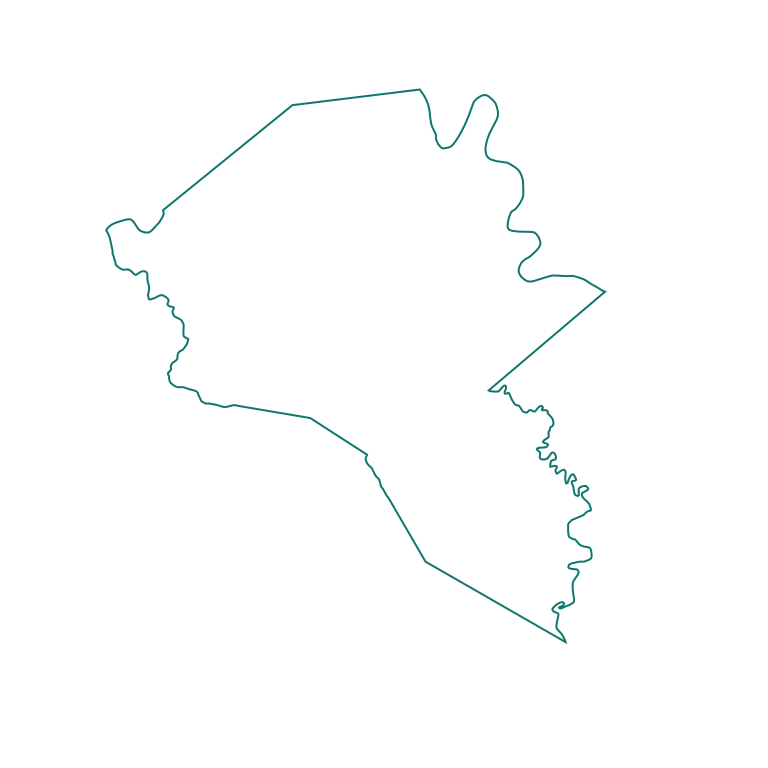 Potrerillos, Cortés, Honduras, rotated 347°
{"feature_id": "27666195B96940721664513", "entity_name": "Potrerillos", "entity_type": "district", "adm_level": 2, "iso_a3": "HND", "parent_name": "Honduras", "parent_adm1": "Cortés", "projection": "mercator", "projection_center": [-87.952, 15.183], "detail": "fine", "context": "isolated", "style": "outline", "palette": "teal", "viewbox_px": 768, "rotation_deg": 347, "n_neighbors": 0, "source": "geoboundaries", "source_scale": "gbopen_adm2", "svg_char_len": 6165}
<svg xmlns="http://www.w3.org/2000/svg" viewBox="0 0 768 768"><g transform="rotate(347 384 384)"><path d="M207.7,165.0L207.8,168.1L207.3,169.3L205.3,172.0L201.4,175.9L192.2,182.2L190.6,183.0L189.0,183.3L187.3,183.2L185.1,182.5L182.6,181.1L181.0,179.9L179.4,177.6L177.3,171.7L175.6,168.2L174.4,166.9L172.6,166.1L170.2,165.8L166.6,165.9L161.0,166.3L156.8,166.9L154.5,167.5L152.3,168.4L150.2,169.7L147.9,171.5L149.2,176.5L149.7,180.5L149.5,192.9L148.8,196.5L149.3,198.6L149.3,201.3L149.7,204.4L149.5,206.8L149.8,208.1L152.1,211.2L155.0,213.8L156.0,214.1L160.1,214.7L161.6,215.5L163.4,217.7L165.3,220.9L166.0,221.5L166.8,221.8L167.9,221.6L172.1,220.0L173.2,219.8L175.8,220.2L176.9,220.9L177.7,221.7L178.0,222.4L178.2,223.4L176.9,229.2L176.9,237.1L176.6,238.5L175.7,240.7L174.1,243.9L173.9,247.5L174.0,248.2L174.6,249.0L175.9,249.1L180.6,248.5L184.8,247.4L187.0,247.3L188.7,248.0L191.6,250.8L192.6,252.3L192.9,253.8L192.7,254.8L191.0,257.2L191.1,258.5L192.2,259.8L196.1,261.9L196.5,262.3L196.0,263.4L194.7,264.8L194.1,266.1L194.2,268.2L194.6,270.2L195.3,271.2L200.2,275.3L201.2,277.2L202.0,279.9L202.1,281.4L199.8,290.1L199.6,292.0L200.2,293.4L203.0,295.8L203.4,296.3L203.3,296.6L201.1,300.6L197.6,303.9L195.6,305.4L192.4,306.2L190.3,307.7L189.6,308.9L188.3,312.9L187.9,313.5L185.5,314.8L182.7,315.8L181.0,317.5L179.9,319.8L179.9,321.4L179.6,322.1L178.4,323.3L176.6,324.1L175.8,325.1L175.9,326.5L176.3,328.6L175.8,330.2L175.8,332.3L176.0,333.8L176.5,335.1L178.8,338.2L181.0,340.0L182.7,340.8L187.8,342.0L193.2,345.3L198.3,348.0L199.7,349.1L200.6,350.7L200.8,353.1L202.2,359.7L205.6,362.9L209.7,363.8L211.0,364.6L215.1,366.1L223.0,370.6L226.2,370.9L232.2,370.7L234.4,371.2L237.0,372.5L304.5,400.6L351.6,449.1L349.2,452.6L349.2,454.9L349.8,457.8L350.7,459.6L352.7,462.5L353.3,463.9L355.0,471.0L356.0,473.0L357.6,475.4L358.0,478.7L358.0,482.9L359.5,486.4L361.4,493.2L362.7,495.8L384.5,566.5L502.8,676.3L502.6,673.7L501.0,667.9L497.5,661.6L497.3,660.4L497.4,659.1L497.9,657.2L501.2,650.2L502.1,647.9L502.2,647.0L502.0,646.6L498.9,644.5L498.1,643.7L497.4,642.5L497.4,641.3L498.8,639.9L501.6,638.2L504.1,637.2L506.8,636.6L508.4,636.6L509.4,637.0L510.1,637.8L510.1,638.7L508.2,640.3L505.3,640.7L504.5,641.0L504.3,641.3L504.4,641.7L505.3,642.4L506.6,642.5L510.4,641.6L514.9,641.1L518.9,639.7L520.1,638.7L520.8,636.6L521.4,628.9L521.8,626.1L522.4,623.0L523.1,620.6L523.9,619.2L525.1,617.8L530.2,613.1L531.1,611.8L531.4,610.8L531.1,609.2L530.2,608.0L525.3,606.4L523.7,605.6L522.7,604.8L522.4,604.2L522.6,603.3L523.6,601.9L524.8,601.3L527.2,601.0L534.8,601.1L538.2,602.0L540.5,602.0L545.1,601.2L546.2,600.7L547.0,599.9L547.7,598.1L548.2,594.9L548.3,592.1L547.9,590.4L546.9,589.4L542.0,587.2L539.5,585.5L538.3,584.3L535.2,578.4L532.4,577.0L530.3,575.0L529.9,574.3L529.8,573.0L530.3,568.8L531.8,562.2L533.2,560.8L535.4,559.4L536.8,558.7L548.9,556.6L551.2,555.1L552.5,554.5L554.7,553.7L556.6,553.8L557.2,553.4L557.5,552.0L556.9,546.7L555.0,543.6L552.6,540.1L551.9,538.1L551.8,536.5L552.2,535.3L552.9,534.7L558.2,533.2L559.2,532.5L559.4,531.8L558.8,530.1L558.2,529.2L557.6,528.7L555.3,528.3L551.9,528.7L550.8,529.3L550.0,530.2L548.8,536.3L548.2,536.6L547.5,536.6L546.1,535.8L545.2,534.6L544.9,533.5L545.3,526.7L544.7,522.2L545.0,521.5L545.4,521.1L548.6,521.1L549.2,520.9L549.6,520.6L549.7,519.4L548.5,515.2L548.1,514.7L547.3,514.5L545.8,514.8L544.8,515.8L542.7,518.2L540.9,521.3L539.9,521.9L539.1,521.8L539.1,517.5L541.2,510.8L541.1,509.8L540.8,508.8L540.0,508.0L538.8,508.0L536.5,508.5L533.1,510.1L532.3,510.2L531.7,508.9L531.6,506.6L533.9,503.7L533.9,503.3L533.3,502.7L532.2,502.2L527.4,502.0L528.1,499.2L529.4,496.7L530.0,496.4L534.0,496.0L534.6,495.2L535.1,493.9L535.2,492.4L534.9,491.0L534.3,489.7L533.3,488.7L531.9,488.7L526.8,493.2L524.8,493.6L523.3,493.6L521.2,493.1L519.9,492.3L519.2,491.3L519.2,490.5L520.7,486.3L519.8,484.4L518.6,482.9L518.4,482.1L518.6,481.4L519.2,481.1L521.6,481.1L525.1,481.8L527.3,482.0L528.5,481.7L529.6,481.0L530.1,480.2L529.9,479.3L526.2,476.9L526.0,476.4L526.1,475.8L527.5,474.7L532.0,473.1L532.5,472.7L532.9,471.8L533.2,468.6L533.8,467.4L535.1,466.4L536.2,463.8L539.0,462.6L540.1,461.1L540.5,458.8L540.4,456.1L539.7,454.2L536.9,449.3L537.4,448.1L537.2,447.1L535.9,445.9L532.6,445.3L532.2,445.1L532.1,444.1L533.2,443.4L533.5,442.3L533.1,441.3L532.2,440.7L530.8,440.9L528.8,441.8L525.1,444.7L523.3,444.3L522.4,443.3L520.3,442.2L519.2,442.5L517.5,443.6L516.2,444.0L513.4,442.3L512.8,441.2L510.8,435.7L508.0,434.2L507.2,433.6L506.9,433.0L505.2,428.5L503.7,420.9L503.1,420.5L501.9,420.9L500.4,420.8L499.8,420.7L499.5,420.4L499.5,419.7L499.8,418.9L501.7,416.0L502.2,414.8L502.2,413.7L501.5,412.7L500.9,412.6L499.8,412.9L497.6,414.3L495.2,416.3L493.5,417.0L491.2,416.6L486.4,415.1L485.4,414.6L484.6,413.8L620.1,343.8L617.5,341.9L614.3,338.6L607.5,332.4L604.6,329.2L602.3,327.0L598.5,324.5L593.2,321.5L591.2,320.9L586.7,320.1L575.2,316.8L572.6,316.2L569.0,316.2L554.0,317.3L550.7,317.3L548.7,316.9L546.4,315.8L544.2,313.7L542.1,310.8L540.9,308.0L540.5,305.4L541.0,302.8L542.4,300.1L544.7,297.2L546.2,296.0L548.4,294.8L550.3,294.0L553.7,293.1L556.0,292.1L562.0,288.6L564.9,286.5L566.4,285.0L567.7,283.1L568.3,281.3L568.1,278.3L567.5,275.0L566.0,271.9L564.5,270.1L561.3,268.8L549.8,265.9L544.1,263.9L540.9,262.2L540.2,261.0L539.8,259.6L540.1,257.3L541.3,253.9L543.5,249.4L545.9,245.9L547.3,244.6L550.9,243.4L554.2,241.1L557.9,237.6L559.7,235.5L561.1,233.5L562.1,231.4L563.0,228.2L565.1,217.4L565.0,212.6L564.1,208.2L562.8,205.3L560.4,202.3L557.0,198.8L553.9,196.1L543.8,192.2L539.1,189.6L537.5,188.2L536.3,186.6L535.6,185.2L535.2,183.4L535.3,180.4L535.9,177.3L537.6,172.9L539.9,168.5L543.3,163.4L553.3,151.7L555.4,148.1L556.3,144.3L556.3,139.6L555.8,135.8L554.5,132.8L552.3,129.5L550.3,127.0L549.2,126.0L547.8,125.2L545.4,124.9L543.2,125.2L540.5,126.1L537.8,127.4L535.5,129.0L534.4,130.1L526.5,142.3L520.5,150.4L514.6,157.3L509.4,162.6L505.5,166.0L502.7,167.6L501.4,167.9L499.1,168.1L494.9,167.8L493.4,167.1L492.1,165.3L490.7,162.2L490.0,159.3L489.8,157.0L490.6,153.8L490.6,152.2L488.9,144.8L488.5,140.8L488.9,135.4L489.9,127.1L489.9,121.7L489.1,116.7L488.1,112.6L485.1,105.1L357.5,91.7L207.7,165.0Z" fill="none" stroke="#0f766e" stroke-width="2"/></g></svg>